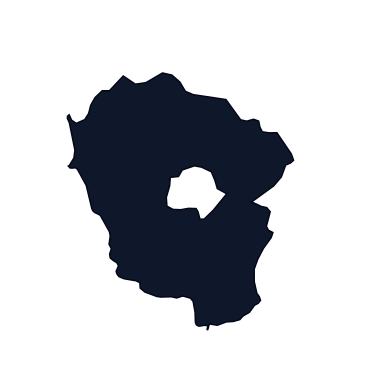 map outline of Baranya (Albers equal-area conic projection), rotated 61°
{"feature_id": "HUN-3155", "entity_name": "Baranya", "entity_type": "County", "adm_level": 1, "iso_a3": "HUN", "parent_name": "Hungary", "parent_adm1": "", "projection": "albers", "projection_center": [18.29, 46.076], "detail": "fine", "context": "isolated", "style": "filled", "palette": "ink", "viewbox_px": 384, "rotation_deg": 61, "n_neighbors": 0, "source": "natural_earth", "source_scale": "10m", "svg_char_len": 1765}
<svg xmlns="http://www.w3.org/2000/svg" viewBox="0 0 384 384"><g transform="rotate(61 192 192)"><path d="M109.3,287.6L109.3,286.3L105.0,278.8L98.6,274.1L72.0,265.7L67.1,265.3L65.3,264.1L64.9,262.0L70.8,262.5L75.9,259.9L76.7,250.7L73.2,244.3L67.0,238.5L62.4,231.0L59.9,221.4L63.4,215.2L57.2,195.9L70.2,189.3L74.0,179.5L73.6,160.1L80.0,152.9L90.1,149.3L100.7,149.0L107.4,143.8L127.6,117.5L152.4,114.5L156.6,109.8L158.2,102.9L162.3,99.3L167.9,101.1L173.4,101.4L177.7,95.8L181.3,89.0L206.9,86.7L213.5,87.8L214.4,91.9L213.8,97.0L222.1,106.5L226.3,117.7L229.6,144.6L238.1,138.5L241.9,134.2L247.2,133.2L258.1,143.6L262.4,143.7L266.7,140.9L270.3,144.9L275.9,156.8L282.6,167.0L289.6,175.0L300.5,181.0L312.1,184.4L316.1,183.9L320.0,184.6L321.4,187.9L321.4,192.3L325.0,200.0L325.2,207.5L326.8,212.1L325.2,218.8L322.3,224.8L320.8,234.5L315.8,240.8L320.4,245.3L320.5,245.3L319.4,245.4L316.6,242.8L314.4,246.2L313.5,249.1L312.5,251.3L310.2,252.6L307.6,252.2L298.9,247.7L288.1,244.0L284.0,244.9L279.0,249.9L278.2,251.5L277.6,255.2L277.0,257.2L276.7,257.3L273.5,261.0L268.7,270.3L266.1,273.6L256.7,281.7L251.0,283.9L246.0,281.6L242.5,284.0L234.9,293.5L230.7,296.8L229.1,297.2L227.6,297.3L226.1,297.2L224.6,296.8L220.9,292.1L217.4,292.0L213.9,294.0L210.1,295.5L206.3,294.1L202.5,290.0L197.5,289.9L190.8,284.8L186.7,283.5L168.7,283.5L166.8,284.1L163.0,286.9L160.6,287.8L158.1,287.7L135.0,281.3L119.9,281.2L116.3,281.2L114.2,282.3L113.2,284.8L111.9,287.0L109.3,287.6ZM219.6,198.2L221.6,194.5L218.3,182.3L210.4,162.5L201.3,168.2L192.9,166.3L183.7,165.3L174.9,171.6L170.3,177.2L168.0,189.8L171.9,196.3L168.7,203.9L175.8,208.6L184.3,217.1L192.2,220.8L198.0,217.1L202.0,210.5L204.6,203.0L208.5,196.4L212.4,196.4L219.6,198.2Z" fill="#0f172a" stroke="#020617" stroke-width="1.5"/></g></svg>